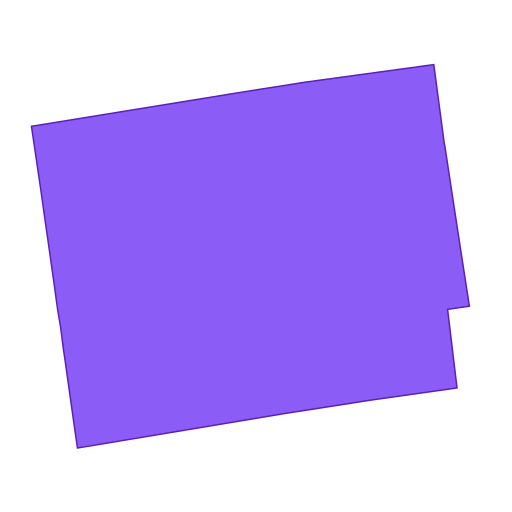 the district of Allen, Indiana, United States of America, rotated 172°
{"feature_id": "52423323B16491815887155", "entity_name": "Allen", "entity_type": "district", "adm_level": 2, "iso_a3": "USA", "parent_name": "United States of America", "parent_adm1": "Indiana", "projection": "robinson", "projection_center": [-85.006, 41.094], "detail": "fine", "context": "isolated", "style": "filled", "palette": "violet", "viewbox_px": 512, "rotation_deg": 172, "n_neighbors": 0, "source": "geoboundaries", "source_scale": "gbopen_adm2", "svg_char_len": 481}
<svg xmlns="http://www.w3.org/2000/svg" viewBox="0 0 512 512"><g transform="rotate(172 256 256)"><path d="M163.4,97.3L75.3,97.4L73.7,176.5L51.7,176.6L52.8,259.9L53.7,338.6L53.9,341.6L53.3,420.8L182.3,421.3L226.1,420.6L253.4,420.1L460.3,415.7L459.9,353.6L459.9,353.4L459.9,334.6L459.8,260.3L459.9,230.4L459.4,212.6L459.7,190.1L459.6,182.1L459.6,181.5L459.6,108.2L459.5,91.0L459.5,90.9L459.5,90.7L250.5,96.0L163.4,97.3Z" fill="#8b5cf6" stroke="#5b21b6" stroke-width="1.5"/></g></svg>